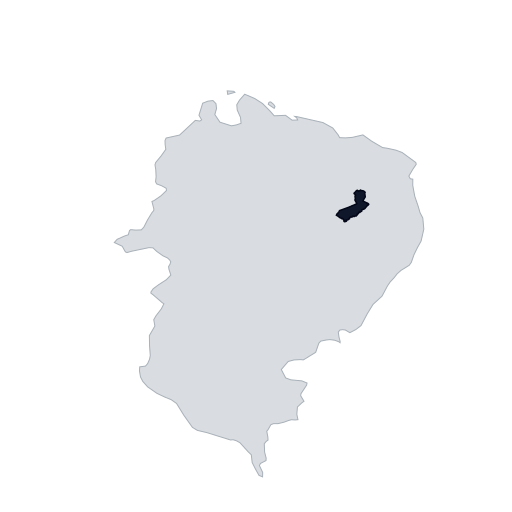 Aek Phnum, Batdâmbâng, Cambodia (highlighted), rotated 129°
{"feature_id": "14789045B18738075075755", "entity_name": "Aek Phnum", "entity_type": "district", "adm_level": 2, "iso_a3": "KHM", "parent_name": "Cambodia", "parent_adm1": "Batdâmbâng", "projection": "mercator", "projection_center": [103.494, 13.247], "detail": "fine", "context": "in_parent", "style": "filled", "palette": "ink", "viewbox_px": 512, "rotation_deg": 129, "n_neighbors": 0, "source": "geoboundaries", "source_scale": "gbopen_adm2", "svg_char_len": 6619}
<svg xmlns="http://www.w3.org/2000/svg" viewBox="0 0 512 512"><g transform="rotate(129 256 256)"><path d="M423.5,111.9L424.6,115.6L421.8,122.6L418.9,129.0L413.4,134.6L413.1,138.7L411.2,151.0L411.9,154.9L413.2,158.2L415.0,160.0L419.8,172.0L424.1,182.9L428.4,191.8L429.2,197.5L425.2,211.8L420.6,224.9L421.0,231.4L423.0,238.0L425.1,246.7L425.9,257.8L424.7,265.1L422.7,269.6L418.7,274.2L415.3,276.6L411.1,272.6L407.8,272.5L403.4,273.7L399.9,275.5L392.8,282.2L384.9,288.8L374.1,290.5L369.8,295.4L365.3,296.1L356.7,296.3L351.1,297.5L351.3,299.9L350.9,311.5L351.0,314.3L350.1,315.0L346.2,315.3L339.6,313.6L330.7,310.7L324.4,310.2L321.1,315.3L319.2,317.3L316.8,317.6L314.2,318.5L313.4,320.7L313.2,323.5L314.4,328.4L314.9,336.0L314.5,341.2L316.9,344.5L330.5,355.6L334.5,358.4L335.0,360.1L332.6,366.1L334.7,374.6L330.4,374.4L323.3,370.8L319.9,368.6L315.8,370.3L314.4,370.0L311.6,365.8L307.9,361.6L304.2,361.3L296.2,363.0L288.1,364.1L285.0,364.1L283.8,364.9L279.1,371.2L277.1,370.1L268.9,367.7L261.4,366.8L259.9,368.4L260.8,373.6L262.5,378.6L261.5,380.8L257.4,383.4L252.0,388.2L248.7,391.9L246.4,392.8L238.1,392.7L229.9,393.2L226.6,396.7L223.5,399.4L220.9,400.1L210.1,391.5L188.8,388.5L186.5,384.6L184.4,383.9L182.5,388.9L170.8,393.6L165.9,390.8L162.3,387.3L162.8,383.0L166.2,379.5L172.0,377.0L174.7,368.2L170.3,357.0L166.4,353.7L162.3,351.1L158.0,355.3L154.4,362.4L150.6,366.1L145.2,366.9L137.4,366.6L134.4,356.0L133.4,346.8L134.5,336.3L135.6,330.1L128.1,321.6L127.7,313.4L124.1,309.2L123.0,311.3L123.1,313.7L122.0,312.0L110.2,288.0L108.2,276.9L110.2,268.3L111.4,265.5L108.0,260.9L103.2,255.8L94.6,249.1L94.0,238.5L92.1,225.9L89.6,221.7L85.7,213.9L83.6,207.5L82.8,190.6L83.9,189.2L90.0,188.7L97.7,187.5L98.9,184.7L97.6,182.5L102.5,178.6L109.7,170.2L115.2,161.4L119.1,155.8L121.5,150.3L129.5,142.5L140.5,137.1L148.0,135.8L155.7,134.0L163.2,131.3L166.8,131.1L176.0,134.3L181.0,135.1L186.3,135.0L191.7,135.4L196.5,135.0L207.9,132.8L219.9,134.6L230.7,133.2L244.0,130.6L250.5,132.2L256.5,134.8L257.3,140.0L258.7,142.3L260.7,144.2L263.3,144.2L266.7,140.6L269.5,136.8L270.5,136.1L270.6,138.0L272.0,142.0L274.5,146.0L277.1,148.6L281.4,152.1L284.2,152.3L293.3,149.0L306.9,153.8L308.5,156.2L312.9,161.1L317.7,164.6L328.3,164.9L332.1,156.2L330.3,151.0L324.2,141.8L322.6,136.4L324.5,135.4L334.8,134.4L336.5,133.3L338.7,127.3L341.5,128.0L347.2,128.8L353.3,124.7L356.8,120.4L358.8,122.4L360.9,125.4L363.2,127.1L367.6,129.7L372.3,133.3L375.3,136.9L377.7,138.3L383.8,137.3L385.4,137.4L389.0,133.1L391.5,130.8L393.6,131.4L396.7,131.4L403.0,125.9L406.7,120.9L408.7,119.5L414.4,122.0L416.7,121.5L420.0,114.6L423.5,111.9ZM130.4,341.9L129.2,342.5L128.1,342.5L127.0,341.5L127.1,337.6L127.9,335.3L129.8,334.8L130.4,341.9ZM148.2,379.7L145.8,382.3L142.0,376.9L142.1,375.4L148.2,379.7Z" fill="#d9dde1" stroke="#a8b0b8" stroke-width="1"/><path d="M144.2,201.1L144.3,201.1L144.7,201.2L144.8,201.2L144.9,201.3L144.7,201.6L144.7,201.8L144.8,201.8L144.8,202.0L144.7,202.1L144.7,202.3L144.8,202.3L145.1,202.5L145.3,202.6L145.2,202.8L145.0,202.7L144.9,202.7L144.8,202.8L144.9,203.0L145.1,203.2L145.3,203.3L145.2,203.4L145.1,203.5L145.1,203.8L146.0,207.6L143.5,208.0L141.3,208.3L139.7,210.0L139.3,210.4L139.0,210.7L138.7,211.0L138.3,211.2L137.8,211.3L137.7,212.0L137.7,212.9L137.8,213.4L137.9,213.7L138.2,214.3L138.4,214.6L138.7,215.1L138.8,215.2L138.9,215.3L139.0,215.4L138.9,215.6L138.9,215.9L138.9,216.2L139.0,216.3L139.3,216.3L139.6,216.3L139.8,216.4L139.8,216.5L140.8,216.7L140.9,216.8L140.9,217.5L141.0,217.6L141.2,217.8L141.3,217.8L141.4,217.6L141.6,217.4L141.9,217.5L141.6,217.5L141.6,217.8L141.4,218.2L141.3,218.3L141.5,218.6L141.4,218.8L141.8,218.9L142.3,219.1L142.8,219.1L143.6,219.1L143.9,219.1L144.7,219.2L145.1,219.3L145.5,219.3L145.7,219.1L145.8,219.0L145.8,218.4L145.8,217.4L145.9,217.2L146.1,217.1L146.1,216.9L147.0,216.8L147.2,216.7L147.5,216.4L148.1,215.8L148.3,215.6L148.5,215.4L148.7,215.2L149.1,214.8L149.3,214.7L149.6,214.6L150.2,214.4L150.6,213.6L150.8,213.1L150.9,212.9L151.0,212.5L151.8,210.8L151.9,210.6L152.0,210.6L152.5,210.9L152.8,211.0L153.1,211.1L153.3,211.2L153.6,211.4L154.2,211.7L155.4,212.3L156.4,212.9L156.9,213.2L157.2,213.2L157.5,213.4L158.1,213.7L158.5,214.0L159.2,214.3L159.9,214.7L168.2,219.7L168.9,219.4L169.0,219.4L169.4,219.2L169.5,219.2L169.6,219.3L170.2,219.4L170.4,219.4L170.7,219.3L170.9,219.4L171.0,219.3L171.2,219.2L171.3,219.2L171.5,219.1L171.8,219.2L171.8,219.3L172.0,219.4L172.2,219.5L172.3,219.4L172.9,219.2L172.9,219.3L173.0,219.4L173.3,219.2L173.7,219.2L173.7,218.9L173.6,218.6L173.6,218.4L173.6,218.2L173.5,217.8L173.5,217.6L173.4,217.0L173.4,216.4L173.4,216.1L173.4,215.9L173.5,215.6L173.5,215.4L173.5,215.2L173.4,215.0L173.3,214.7L173.2,214.3L173.2,214.1L173.0,213.4L172.9,213.2L172.7,212.9L172.8,212.7L172.7,212.7L172.4,212.5L172.3,212.4L172.4,212.1L172.4,211.9L172.5,211.8L172.5,211.5L172.5,211.4L172.4,211.3L172.5,211.1L172.7,210.8L172.7,210.7L172.8,210.6L172.8,210.3L172.9,210.1L173.0,210.1L173.3,209.8L173.5,209.7L173.7,209.4L173.7,208.9L173.6,208.7L173.3,208.4L172.5,207.9L172.2,207.7L171.8,207.7L171.8,207.8L171.9,208.0L171.7,208.0L171.6,208.3L171.3,208.4L171.2,208.5L171.1,208.4L171.1,208.2L170.9,208.2L170.8,207.9L170.5,207.8L170.2,207.6L169.8,207.2L169.7,207.2L169.3,207.2L169.2,207.3L169.1,207.2L168.9,207.1L168.7,207.0L168.4,206.8L168.1,207.0L167.9,207.0L167.7,207.0L167.4,207.3L167.2,207.3L167.2,207.2L166.9,207.1L166.5,207.1L166.4,207.2L166.2,207.1L166.0,206.9L165.9,206.9L165.8,206.5L165.7,206.4L165.6,206.1L165.4,205.9L164.8,205.8L164.7,205.8L164.6,206.0L164.3,206.0L164.2,206.0L164.1,205.9L163.9,205.8L163.9,205.7L163.9,205.2L163.6,205.0L163.7,204.8L163.7,204.7L163.4,204.4L162.9,204.2L162.6,204.2L162.1,204.0L162.0,203.9L162.0,203.6L161.9,203.5L161.9,203.4L161.7,203.4L161.3,203.3L161.1,203.3L160.7,203.2L160.3,203.3L160.2,203.3L160.0,203.6L159.9,203.7L159.8,203.8L159.7,203.7L159.3,203.6L159.1,203.4L158.8,203.1L158.7,203.1L158.4,203.4L158.1,203.6L157.8,203.6L157.6,203.6L157.4,203.3L157.3,203.2L157.0,203.1L156.9,203.1L156.9,202.9L156.7,202.9L156.6,203.0L156.6,202.9L156.4,202.9L156.4,202.7L156.2,202.7L156.2,202.8L155.9,202.6L155.7,202.6L155.4,202.5L155.3,202.4L155.2,202.4L155.1,202.2L154.9,202.1L154.7,202.1L154.6,202.4L154.3,202.5L154.1,202.4L154.0,202.5L153.9,202.5L153.6,202.6L153.4,202.8L153.2,202.7L152.9,202.5L152.8,202.4L152.5,202.2L152.0,201.8L151.9,201.8L151.7,201.8L151.7,201.7L151.4,201.5L151.0,201.4L150.8,201.4L150.5,201.2L150.1,201.3L149.6,201.3L149.0,201.3L148.1,201.2L147.9,201.2L147.7,201.3L147.2,201.2L146.8,201.2L146.2,201.0L146.0,200.9L145.7,200.9L145.3,200.9L144.9,201.0L144.6,201.0L144.2,201.1Z" fill="#0f172a" stroke="#020617" stroke-width="1.5"/></g></svg>